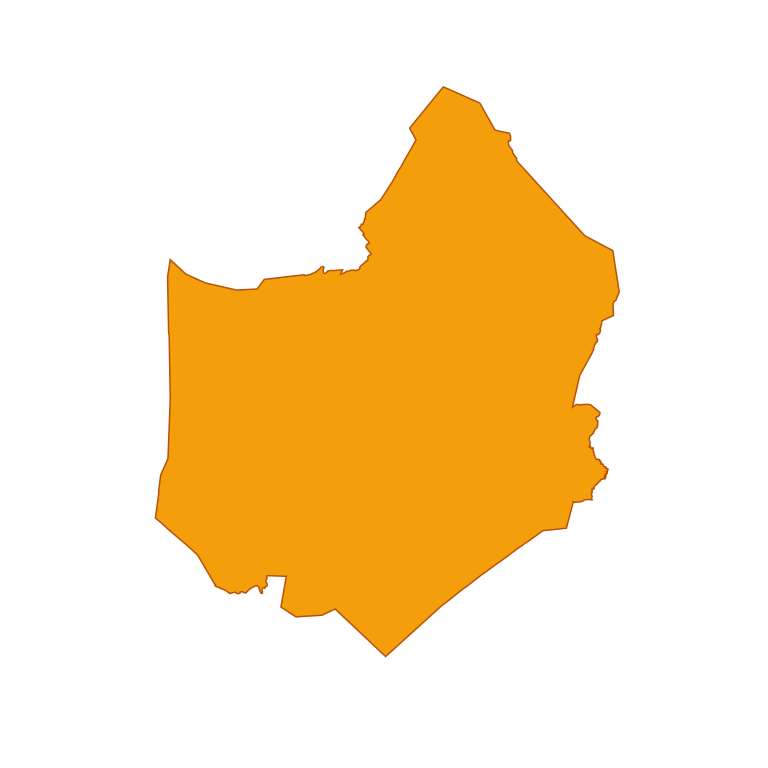 the district of Oppdal nor, Sør-Trøndelag, Norway, rotated 68°
{"feature_id": "86288312B17793327792400", "entity_name": "Oppdal nor", "entity_type": "district", "adm_level": 2, "iso_a3": "NOR", "parent_name": "Norway", "parent_adm1": "Sør-Trøndelag", "projection": "orthographic", "projection_center": [9.674, 62.536], "detail": "fine", "context": "isolated", "style": "filled", "palette": "amber", "viewbox_px": 768, "rotation_deg": 68, "n_neighbors": 0, "source": "geoboundaries", "source_scale": "gbopen_adm2", "svg_char_len": 6086}
<svg xmlns="http://www.w3.org/2000/svg" viewBox="0 0 768 768"><g transform="rotate(68 384 384)"><path d="M637.3,484.6L611.4,414.2L608.7,404.6L603.3,386.6L603.3,385.5L596.9,362.9L597.1,362.8L593.9,350.5L590.7,337.1L587.0,323.3L583.7,309.0L582.1,301.9L579.5,291.7L586.0,268.9L563.8,252.4L565.1,251.8L565.5,250.2L565.6,249.5L566.0,248.8L566.7,246.8L566.6,245.6L567.1,245.0L566.9,243.8L567.0,243.3L566.6,241.9L566.8,240.8L567.2,239.9L567.3,238.3L567.8,237.3L568.6,236.3L568.8,235.4L569.2,234.8L569.3,234.3L568.7,234.5L567.4,234.2L566.1,233.0L564.5,233.2L563.8,232.9L562.9,231.9L562.1,232.1L561.8,231.3L561.5,231.1L559.6,230.8L559.5,230.6L559.7,230.1L559.8,229.6L559.8,228.4L559.4,228.2L558.8,228.7L558.3,227.7L557.8,227.2L557.4,226.6L556.9,225.3L556.8,224.2L556.0,223.6L556.0,223.2L556.1,222.8L556.0,222.6L555.2,221.7L555.1,220.5L554.3,219.2L553.6,218.8L553.9,218.1L554.0,217.7L554.2,216.3L554.1,215.6L554.7,214.4L554.7,214.1L554.2,213.9L553.9,214.2L553.5,215.0L553.4,215.0L553.2,214.8L553.4,214.1L553.3,213.7L552.9,213.8L552.6,214.3L552.2,214.1L552.3,213.9L553.0,213.4L553.1,213.1L552.9,212.9L552.5,212.8L552.0,213.3L551.8,213.2L551.5,212.2L551.2,212.0L550.8,212.7L550.4,212.8L550.3,212.5L550.4,212.0L550.8,211.4L550.3,210.4L549.9,210.3L549.4,210.9L549.2,211.0L548.5,210.9L548.4,210.5L548.5,210.3L549.0,210.3L549.0,210.0L548.6,209.4L547.8,209.2L547.5,208.5L547.3,208.3L546.3,208.3L545.5,209.5L545.4,209.8L544.0,209.3L543.9,209.4L543.9,209.7L544.3,210.0L544.2,210.2L543.5,210.5L542.8,210.7L542.2,211.1L540.1,211.1L540.0,212.0L539.6,212.8L539.3,213.0L538.8,212.8L538.5,212.2L538.0,211.9L536.7,212.2L536.4,212.8L536.0,213.1L535.3,212.5L534.9,212.6L534.1,213.3L533.8,214.7L533.5,215.2L533.2,215.4L530.6,215.8L529.4,215.5L526.9,215.5L525.8,214.9L524.8,215.3L524.1,214.9L522.9,214.8L521.9,214.0L521.6,214.1L521.4,214.5L521.8,215.2L521.9,215.5L521.7,215.8L521.1,216.2L520.3,216.0L519.4,217.3L519.1,217.2L519.1,216.7L519.4,216.4L519.5,216.0L518.0,216.3L517.3,215.7L516.0,215.1L515.3,215.1L514.7,214.6L513.5,214.7L511.3,214.0L510.2,213.4L509.7,212.6L509.1,211.9L509.2,211.0L508.6,209.9L508.5,209.3L508.1,208.8L508.1,208.3L507.9,208.1L507.1,207.7L506.9,207.5L506.8,207.1L506.3,206.7L505.9,206.1L505.4,205.8L505.1,205.2L505.0,204.7L504.7,204.3L504.5,203.5L504.3,203.4L504.3,203.0L503.6,202.4L503.6,202.1L501.7,201.2L501.3,201.3L501.1,200.8L499.5,200.1L499.1,199.7L497.9,199.6L497.3,200.4L497.0,200.4L496.6,200.6L495.4,200.6L494.5,199.4L494.3,199.5L494.3,199.0L494.1,198.9L494.2,198.6L494.1,198.4L494.4,198.0L494.3,197.9L494.1,197.4L494.1,197.2L494.0,196.7L493.9,196.2L493.1,195.8L492.8,195.2L492.2,195.0L491.8,194.6L491.0,194.6L480.7,200.3L479.2,202.7L476.9,209.1L476.5,211.1L475.6,212.0L475.2,213.2L475.5,216.1L476.0,217.9L449.3,199.2L433.0,179.2L431.8,178.5L431.1,177.1L429.6,176.3L429.2,176.3L428.0,174.9L426.7,174.4L426.6,174.1L426.2,173.7L426.1,173.3L426.0,173.2L425.9,172.7L425.4,172.5L425.0,171.5L425.0,170.9L424.7,170.5L424.1,170.4L423.7,169.9L423.6,169.6L422.8,169.4L422.5,169.7L422.0,169.5L421.4,169.5L420.6,169.3L419.3,169.3L418.9,169.2L418.2,168.6L417.9,168.6L417.7,168.3L417.9,167.8L417.8,167.2L418.0,167.0L418.4,167.0L418.3,166.7L417.6,165.0L416.8,164.2L414.6,162.8L413.7,163.3L412.6,161.9L410.4,160.1L407.1,158.4L406.4,145.6L395.4,141.6L393.8,140.0L393.5,138.9L393.3,137.7L386.7,131.4L346.1,121.9L321.8,142.3L228.3,176.9L225.9,177.3L224.5,176.5L223.9,176.5L222.5,177.2L219.4,177.7L218.9,177.8L218.6,178.1L217.7,178.2L215.8,177.4L209.4,179.0L206.3,178.1L205.4,177.7L205.3,177.1L205.9,176.6L205.5,175.3L202.5,174.2L201.6,173.7L200.8,173.8L198.5,173.7L192.3,183.0L190.0,186.0L159.5,189.9L130.7,217.7L156.4,264.4L169.7,262.9L189.5,287.7L193.2,292.8L198.8,299.4L211.9,317.9L218.1,336.4L218.5,336.8L221.9,338.5L222.7,339.2L223.7,339.5L223.6,340.3L224.1,340.5L224.6,340.5L225.6,341.6L226.3,341.8L226.5,342.5L228.1,343.7L227.4,345.2L229.2,346.5L229.2,347.0L229.5,347.7L229.2,348.6L230.1,348.6L232.5,347.7L233.3,347.2L237.5,346.2L237.8,347.7L239.3,347.1L240.6,346.9L242.8,346.3L245.1,345.3L247.4,344.9L248.1,344.9L248.0,345.2L248.1,346.5L248.0,346.9L248.2,347.6L249.4,348.8L250.2,349.1L250.2,349.4L250.4,349.5L258.8,347.1L259.3,349.9L259.8,351.2L261.3,351.6L263.5,353.2L263.3,353.6L263.3,354.0L263.5,354.3L263.4,354.5L263.5,355.0L263.9,355.7L264.0,356.2L264.7,357.9L265.7,361.1L266.8,362.8L268.0,363.4L268.4,364.2L268.5,365.3L268.4,366.8L268.2,367.7L267.6,368.4L267.0,369.6L266.8,370.2L266.3,371.2L266.1,373.2L266.0,374.9L265.8,375.3L265.8,375.9L265.5,376.4L265.9,377.9L266.1,379.6L265.9,383.1L262.6,379.6L260.2,387.5L259.8,388.4L259.6,389.4L258.8,390.5L258.6,391.7L258.4,392.8L258.5,393.5L258.2,394.2L259.0,395.3L259.4,396.9L259.4,397.5L259.0,398.0L258.1,398.4L256.9,398.4L255.2,397.5L253.5,396.0L252.9,396.1L252.2,396.8L252.0,397.6L252.0,398.4L253.0,400.2L253.8,402.3L253.7,403.0L254.1,404.0L254.4,404.3L254.7,407.1L254.7,408.0L254.9,410.5L254.8,410.8L254.0,416.5L252.8,417.2L247.7,435.5L242.2,455.9L248.4,466.0L241.7,485.5L223.5,511.7L208.9,525.6L207.1,526.9L188.6,535.6L203.8,544.6L255.8,564.5L258.5,565.0L317.8,587.8L371.3,611.8L372.5,612.5L384.8,625.2L398.8,633.0L400.5,633.5L422.6,646.1L433.6,640.4L436.5,639.2L461.9,626.0L473.1,620.8L505.9,616.0L507.0,615.6L507.3,616.1L507.7,616.2L508.1,616.1L508.7,615.3L509.3,615.2L509.6,614.9L510.2,613.8L510.8,613.1L511.9,612.6L514.7,609.5L515.4,609.0L516.2,608.1L516.8,607.6L517.7,607.4L519.9,605.7L520.6,605.4L520.5,604.3L520.7,604.1L520.7,603.4L521.1,601.4L521.0,600.5L521.5,599.7L523.1,598.9L523.8,597.8L523.9,596.6L523.6,595.9L523.7,595.4L523.1,595.2L523.2,594.0L523.3,593.3L524.5,592.5L525.9,590.7L525.7,589.7L523.9,585.9L523.8,585.1L523.8,584.5L523.4,583.6L523.2,581.0L523.0,580.0L523.3,577.8L523.8,576.7L525.8,576.0L527.1,576.5L530.6,576.7L531.8,576.4L532.5,575.6L532.3,574.9L529.4,574.2L527.8,573.5L527.5,572.5L528.1,571.6L528.6,571.3L528.6,571.0L528.5,570.7L528.2,570.4L527.8,570.4L527.4,569.6L527.5,568.4L526.8,567.7L525.1,567.2L523.3,567.6L521.4,566.8L520.9,565.8L520.1,565.1L518.0,564.6L518.3,563.3L525.7,546.6L552.2,563.1L566.9,552.9L575.1,528.3L574.3,513.6L637.3,484.6Z" fill="#f59e0b" stroke="#b45309" stroke-width="1.5"/></g></svg>